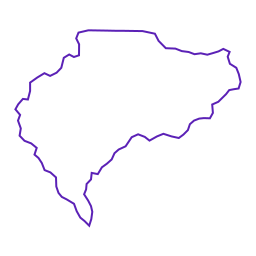 outline of Vinhedo, São Paulo, Brazil
{"feature_id": "56859067B14267912017366", "entity_name": "Vinhedo", "entity_type": "district", "adm_level": 2, "iso_a3": "BRA", "parent_name": "Brazil", "parent_adm1": "São Paulo", "projection": "albers", "projection_center": [-46.977, -23.061], "detail": "fine", "context": "isolated", "style": "outline", "palette": "violet", "viewbox_px": 256, "rotation_deg": 0, "n_neighbors": 0, "source": "geoboundaries", "source_scale": "gbopen_adm2", "svg_char_len": 1256}
<svg xmlns="http://www.w3.org/2000/svg" viewBox="0 0 256 256"><path d="M229.6,51.9L223.3,48.9L218.5,51.4L212.9,53.1L207.3,54.7L200.8,53.3L194.5,54.2L188.7,52.0L181.8,51.1L175.4,48.6L165.8,48.2L158.6,40.9L154.9,33.7L142.6,31.1L122.6,30.8L116.3,30.8L106.6,30.6L88.4,30.3L78.5,32.6L76.2,38.4L79.1,44.3L79.0,55.3L73.9,57.0L69.2,54.5L63.8,57.8L61.3,67.8L56.6,72.7L50.1,75.9L44.4,73.2L37.3,77.5L30.1,82.6L30.1,91.0L27.9,99.5L22.9,98.9L18.2,104.3L15.4,109.3L20.1,114.9L18.0,120.6L20.8,128.4L19.6,135.7L24.5,140.8L31.2,143.4L36.7,147.9L34.5,154.6L38.5,158.0L41.8,163.0L44.6,170.1L50.4,172.4L56.0,177.4L56.3,186.5L58.5,192.9L61.8,196.9L66.7,199.4L74.0,203.8L76.7,211.2L80.3,217.6L84.5,221.0L89.2,225.7L91.3,219.1L92.3,211.8L91.0,206.1L88.1,200.5L84.1,194.3L86.1,189.4L86.6,184.0L91.0,179.4L91.7,172.9L97.8,174.1L101.9,167.3L106.9,163.7L111.7,159.4L114.5,153.2L118.7,149.5L125.6,146.3L131.7,137.2L138.1,134.3L144.8,136.9L149.5,140.6L157.0,136.4L163.4,133.8L171.5,136.4L178.8,138.0L183.4,134.6L187.9,130.1L189.9,124.2L194.0,120.6L199.2,118.6L203.9,118.1L209.9,118.3L212.9,112.9L212.2,104.5L218.3,101.8L226.1,94.1L229.2,90.1L233.9,89.2L238.6,88.5L240.6,82.0L238.8,74.1L236.3,67.8L229.9,63.8L227.7,56.7L229.6,51.9Z" fill="none" stroke="#5b21b6" stroke-width="2"/></svg>